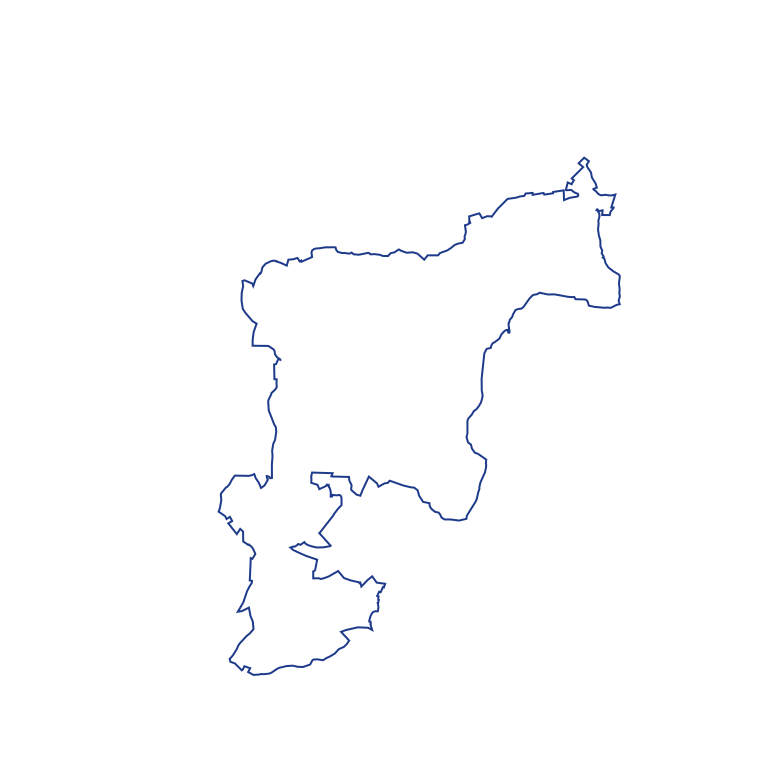 outline of Band, Mures, Romania, rotated 227°
{"feature_id": "2599482B93792228278876", "entity_name": "Band", "entity_type": "district", "adm_level": 2, "iso_a3": "ROU", "parent_name": "Romania", "parent_adm1": "Mures", "projection": "orthographic", "projection_center": [24.34, 46.58], "detail": "fine", "context": "isolated", "style": "outline", "palette": "blue", "viewbox_px": 768, "rotation_deg": 227, "n_neighbors": 0, "source": "geoboundaries", "source_scale": "gbopen_adm2", "svg_char_len": 6150}
<svg xmlns="http://www.w3.org/2000/svg" viewBox="0 0 768 768"><g transform="rotate(227 384 384)"><path d="M412.7,676.9L406.8,677.6L406.3,661.5L403.5,661.8L402.6,658.4L402.1,657.5L406.1,655.8L402.3,650.0L401.7,649.4L401.0,649.9L398.2,653.3L394.2,653.9L390.8,655.5L389.3,654.6L389.1,653.5L393.6,646.6L395.7,641.1L403.1,647.5L409.1,638.6L408.2,637.7L413.2,630.4L414.9,631.0L421.0,621.7L422.4,623.0L426.7,617.5L425.9,614.9L428.3,611.5L430.3,607.5L435.1,600.6L434.6,586.8L432.9,576.8L433.8,576.4L436.3,574.0L438.3,568.9L443.8,570.1L448.5,560.6L445.7,558.2L444.0,557.4L444.6,557.0L444.4,556.7L443.1,556.6L443.8,553.5L444.9,551.5L439.5,547.7L438.3,546.2L437.0,543.6L434.8,541.9L433.7,537.8L436.1,534.0L437.5,530.5L437.8,525.7L438.5,521.5L441.6,514.2L441.2,511.3L448.3,503.7L447.5,498.2L456.5,497.4L460.8,494.8L464.1,490.6L465.2,489.7L469.8,487.4L472.3,486.6L473.2,481.3L475.0,478.4L475.1,475.9L474.8,474.3L478.5,470.4L480.8,469.5L485.5,465.6L488.1,462.5L490.1,462.4L491.0,461.4L495.6,453.9L499.5,450.3L502.2,449.9L502.7,448.1L503.3,447.2L506.9,444.4L508.3,442.7L512.1,440.3L514.6,440.5L516.9,441.7L518.1,440.7L524.2,434.0L526.9,429.9L529.4,426.8L530.4,424.9L530.7,422.5L529.7,420.7L525.9,418.0L529.7,407.0L530.8,407.6L531.2,406.0L535.2,406.7L537.1,402.8L540.1,398.8L536.9,393.6L542.9,391.2L546.9,388.9L547.1,389.2L549.4,387.6L550.9,385.1L552.7,379.5L552.2,374.6L549.5,370.5L549.0,368.9L549.6,368.7L548.1,361.4L544.8,355.2L547.3,356.2L555.0,352.7L555.8,350.6L551.6,347.7L547.6,342.0L542.2,336.7L535.3,332.0L530.8,331.2L519.6,330.7L515.0,332.0L511.0,324.3L506.2,318.4L501.6,314.0L490.7,325.4L484.4,326.9L482.5,326.3L480.2,324.6L476.6,324.0L472.6,324.9L472.4,324.7L474.3,323.8L472.2,318.6L473.2,316.9L462.3,307.2L460.6,308.7L458.1,306.1L455.1,303.7L454.2,301.6L454.1,295.4L453.3,294.3L451.3,289.1L450.2,287.4L443.3,281.7L429.5,276.2L426.1,275.4L422.6,272.7L417.5,266.3L415.7,262.1L411.5,256.7L407.3,253.3L401.4,246.9L391.7,238.0L392.4,236.8L393.1,236.3L394.2,236.8L395.6,236.3L396.6,235.4L395.2,234.3L393.2,233.8L391.3,227.5L391.8,223.2L397.5,225.2L402.8,226.0L406.6,227.7L407.5,225.0L409.1,222.4L418.7,212.5L417.8,207.7L416.0,202.3L415.7,199.4L416.1,197.8L415.1,190.4L414.6,189.4L409.8,185.6L405.0,179.1L403.4,176.0L395.6,177.7L392.6,176.8L391.9,180.7L387.3,179.5L388.3,175.1L374.6,174.0L376.1,180.0L372.2,180.3L364.8,173.6L358.9,175.0L358.8,175.7L355.1,176.1L353.5,176.0L347.9,174.2L347.4,173.9L345.9,168.6L347.5,167.8L331.8,151.8L330.1,153.2L328.6,151.5L327.7,147.7L325.8,142.4L320.3,132.3L317.1,121.8L314.7,125.5L312.6,132.7L305.5,128.2L299.9,126.1L293.7,121.4L293.1,115.7L293.4,111.5L292.7,102.0L292.3,99.7L290.5,95.3L288.7,88.8L288.3,86.0L288.3,83.7L285.6,82.2L281.3,84.4L271.6,84.7L271.5,86.2L272.8,89.4L267.4,92.3L266.0,88.2L260.3,90.1L256.7,94.5L255.7,96.3L253.6,98.4L250.5,102.5L249.6,104.9L248.7,111.0L247.9,113.8L244.2,120.3L240.4,125.0L236.1,128.0L232.3,131.7L229.2,138.6L230.8,143.3L230.6,144.4L228.2,147.4L223.5,151.1L222.9,154.8L221.7,158.4L220.4,164.2L220.9,170.1L219.1,175.3L219.1,179.0L220.1,183.5L232.0,183.6L229.9,188.6L223.9,198.9L216.6,206.1L212.2,207.6L217.7,210.3L217.7,210.9L219.3,212.0L220.2,211.2L220.8,211.6L223.2,215.4L224.2,217.9L224.7,220.2L224.0,222.3L222.0,224.5L224.6,227.8L228.0,230.0L227.7,230.2L229.6,232.9L230.2,232.6L232.4,235.1L233.6,234.4L235.4,238.8L234.0,239.5L236.2,244.8L235.3,245.2L237.1,248.6L243.7,243.2L251.4,244.2L251.8,238.1L251.3,229.3L254.6,231.1L254.6,230.6L254.9,230.3L255.4,230.9L263.0,225.7L269.4,222.4L278.5,222.9L280.9,212.5L282.6,208.3L284.4,204.9L286.4,203.8L290.1,199.7L295.2,204.4L294.9,204.8L294.8,206.6L301.1,215.3L311.4,209.8L317.7,207.1L324.4,204.4L328.2,204.0L326.9,207.0L326.0,207.6L325.4,210.4L325.5,212.1L323.3,213.3L322.7,217.9L320.9,217.7L318.1,218.5L314.7,220.3L310.3,223.3L305.6,228.6L302.0,234.3L302.1,234.7L319.1,235.0L319.1,236.1L322.4,257.1L323.0,258.7L324.1,265.3L324.4,270.4L329.9,275.4L332.1,276.2L333.4,275.5L334.8,273.5L338.1,270.6L337.1,269.4L338.0,268.2L341.2,271.4L345.0,273.4L345.9,273.4L347.9,274.7L348.2,273.5L349.3,273.6L349.1,271.4L351.2,265.0L355.7,266.6L361.3,263.4L364.6,266.7L365.6,267.2L368.3,271.0L353.8,285.6L352.4,282.5L352.0,282.7L339.9,295.0L337.0,292.8L332.1,291.3L329.4,288.1L328.7,287.8L321.8,288.5L318.4,290.5L320.8,295.4L326.6,309.8L316.0,311.1L312.6,309.9L311.0,316.5L309.1,319.4L309.4,322.2L295.9,329.3L289.7,333.5L287.7,335.4L283.3,336.1L278.3,333.5L271.1,332.2L265.8,336.0L263.5,334.1L260.4,333.5L255.9,334.1L252.5,336.3L249.6,335.9L247.2,335.0L243.8,335.8L239.4,340.4L233.0,345.7L229.2,352.3L231.2,354.8L235.5,370.8L236.7,373.5L240.4,378.9L242.2,382.2L243.6,383.5L246.2,387.3L250.5,397.6L253.7,402.1L255.4,403.8L256.3,404.2L259.0,407.2L268.9,405.1L271.2,403.8L272.4,403.6L276.9,404.3L280.4,406.3L283.9,405.6L289.0,408.2L291.0,411.4L300.3,420.0L301.3,422.4L301.7,427.2L302.9,431.2L302.5,434.4L303.2,438.6L304.4,442.4L306.8,446.4L308.3,448.3L312.5,451.0L321.2,458.9L338.0,478.3L339.5,482.4L339.6,483.2L337.6,486.7L338.9,488.6L339.7,491.3L339.1,493.4L338.5,499.3L340.2,503.7L340.6,508.3L340.2,510.0L339.4,511.2L336.8,510.0L336.1,510.5L336.2,511.1L336.8,511.6L342.0,515.2L343.8,517.0L343.8,518.0L345.1,519.6L345.7,523.8L346.8,525.5L348.4,530.6L347.3,533.4L345.4,535.9L345.3,536.8L345.2,538.6L347.3,548.8L347.5,551.9L347.3,554.0L345.2,557.3L344.6,560.1L337.6,565.0L333.2,569.9L322.6,577.8L319.4,580.6L317.9,582.5L315.4,581.9L308.7,588.7L307.8,589.2L305.8,589.3L301.6,587.3L296.5,590.8L289.0,597.6L288.6,598.4L285.0,601.9L283.2,608.1L281.6,610.8L284.9,612.4L287.4,616.5L289.3,617.5L292.7,621.0L297.4,624.5L302.0,630.0L304.0,630.4L309.9,628.6L316.1,627.6L321.1,628.4L325.5,630.7L327.2,630.2L327.4,631.6L331.1,632.3L332.7,634.5L337.0,636.1L341.4,640.1L346.0,642.4L350.9,645.8L354.8,650.2L357.2,652.1L359.4,655.6L361.3,657.3L362.7,657.9L365.1,658.3L366.3,658.0L366.4,659.0L366.0,659.3L364.2,658.7L361.9,662.3L358.8,658.8L353.6,664.3L355.5,667.1L356.1,671.7L356.5,672.3L358.1,670.6L364.8,682.4L366.4,679.5L368.6,677.0L371.0,675.4L374.0,671.4L376.8,670.3L380.3,670.5L383.5,669.9L383.8,670.1L382.5,673.6L386.3,675.5L393.3,676.9L397.4,679.6L403.8,680.6L406.1,681.7L407.2,685.8L413.0,684.7L412.7,676.9Z" fill="none" stroke="#1e3a8a" stroke-width="2"/></g></svg>